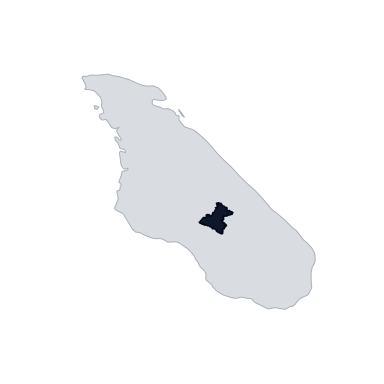 location of Ambatofinandrahana, Amoron'i Mania, Madagascar, rotated 298°
{"feature_id": "10022922B11162683268422", "entity_name": "Ambatofinandrahana", "entity_type": "district", "adm_level": 2, "iso_a3": "MDG", "parent_name": "Madagascar", "parent_adm1": "Amoron'i Mania", "projection": "mercator", "projection_center": [46.283, -20.456], "detail": "fine", "context": "in_parent", "style": "filled", "palette": "ink", "viewbox_px": 384, "rotation_deg": 298, "n_neighbors": 0, "source": "geoboundaries", "source_scale": "gbopen_adm2", "svg_char_len": 8366}
<svg xmlns="http://www.w3.org/2000/svg" viewBox="0 0 384 384"><g transform="rotate(298 192 192)"><path d="M248.3,48.8L249.3,51.1L250.4,53.2L253.9,58.5L255.4,60.5L256.7,62.6L257.4,66.9L259.6,73.6L261.7,83.7L262.4,94.0L263.0,98.7L264.7,103.2L267.4,107.8L268.2,113.0L266.6,118.3L264.2,123.4L263.6,124.3L262.5,125.6L262.0,125.5L260.0,124.3L258.5,122.1L256.5,117.1L255.8,114.6L255.0,114.2L252.6,114.4L251.0,116.0L250.7,117.0L251.0,119.8L251.7,122.3L251.9,124.9L252.0,128.2L252.6,129.1L253.5,130.0L254.5,132.1L254.7,137.2L254.1,139.7L252.4,141.9L252.5,143.2L253.1,144.4L252.6,145.2L250.4,146.1L249.5,147.0L248.3,149.2L246.4,153.8L246.2,156.1L247.4,163.3L247.0,168.4L244.6,178.1L243.2,182.7L241.2,188.2L238.2,195.5L235.2,204.7L232.7,214.2L230.8,219.9L228.7,225.5L225.7,235.5L223.3,245.7L219.6,256.9L214.5,269.4L213.9,271.1L212.9,277.5L211.7,283.1L210.3,288.7L207.5,297.9L207.2,300.7L206.5,303.4L203.8,309.2L202.6,311.4L201.8,313.7L201.3,316.6L200.5,319.4L198.5,324.6L195.5,329.0L193.4,330.6L189.0,333.0L186.8,333.5L181.8,333.5L177.0,334.9L172.0,337.5L167.1,340.4L165.3,341.8L163.3,342.7L156.9,342.8L155.0,342.2L148.6,337.3L146.1,336.5L141.4,335.8L140.0,335.4L138.7,334.8L136.8,332.2L133.1,330.1L132.2,329.4L131.6,327.9L131.2,326.3L130.3,324.5L129.5,321.2L128.3,318.8L124.8,314.6L124.5,313.3L124.2,308.8L124.3,305.8L124.0,300.4L124.4,297.8L125.6,295.5L125.1,293.0L123.8,290.3L123.3,287.6L122.4,285.1L118.7,280.7L117.9,278.5L117.3,276.2L115.9,269.2L115.8,266.8L116.0,261.6L116.5,258.9L117.3,257.1L117.6,255.7L118.1,254.5L119.0,253.6L119.6,252.4L120.9,245.8L122.6,244.4L125.2,243.5L127.2,241.8L128.4,239.5L129.6,234.7L132.8,230.0L133.9,227.5L136.5,223.8L138.8,218.5L139.5,216.0L140.0,213.5L140.6,207.9L141.0,205.2L140.9,202.4L139.6,199.6L136.5,194.5L136.4,193.6L136.6,189.8L136.4,187.1L135.2,184.4L133.7,181.8L132.3,177.0L131.6,169.1L131.7,166.3L131.3,163.7L130.2,161.3L131.0,157.1L140.3,141.9L140.6,140.1L140.3,135.5L140.4,132.8L140.8,131.8L141.5,131.2L143.1,131.0L150.6,130.3L151.6,129.8L153.5,128.6L156.1,126.1L157.2,125.4L158.3,125.6L158.9,126.7L159.8,127.3L162.8,126.2L164.0,126.1L165.2,126.3L165.7,125.3L166.1,123.9L166.5,122.9L167.3,122.4L171.2,122.1L173.7,121.7L177.0,120.7L177.7,120.9L180.3,124.4L181.1,124.7L182.1,124.8L183.0,124.2L180.8,122.4L180.5,121.4L180.6,120.2L181.8,117.7L183.7,115.8L187.9,112.9L192.3,109.6L193.5,109.4L194.6,109.9L195.4,113.8L195.3,114.5L196.0,114.6L196.8,114.1L197.6,112.5L197.6,111.2L197.0,109.9L196.7,108.8L196.7,107.9L198.9,105.5L200.7,103.3L201.5,100.7L202.2,99.5L204.0,98.1L204.6,98.3L205.0,99.4L205.2,100.6L204.7,101.8L204.1,102.9L203.8,104.5L204.8,104.8L205.8,104.4L207.2,101.6L208.9,99.0L209.9,97.6L211.1,96.6L213.1,96.8L215.1,97.4L211.9,94.6L211.1,90.8L214.9,84.2L214.9,82.9L215.5,82.4L215.8,81.9L213.8,79.7L213.4,78.6L213.7,76.9L214.6,75.4L215.5,74.4L216.7,74.0L217.7,74.6L219.8,76.4L221.2,76.7L223.0,74.9L224.4,72.7L226.5,71.2L229.0,70.3L232.7,66.9L235.1,59.7L235.3,57.6L234.7,55.1L233.9,52.6L232.4,49.6L232.8,49.0L234.8,49.4L235.5,48.9L237.7,46.3L241.3,41.2L242.5,41.2L243.5,42.1L243.9,43.5L244.6,44.6L247.1,47.0L248.3,48.8ZM223.1,69.0L223.1,69.8L220.3,69.4L219.9,66.7L221.2,66.6L221.5,65.5L222.4,65.4L223.3,67.8L223.1,69.0ZM256.7,146.3L254.3,150.4L255.0,147.0L257.8,142.1L258.5,141.8L256.7,146.3Z" fill="#d9dde1" stroke="#a8b0b8" stroke-width="1"/><path d="M178.7,215.8L178.4,215.4L178.2,215.4L178.1,215.5L178.2,215.8L177.9,216.2L177.6,216.2L177.3,216.4L177.1,216.6L176.8,217.1L176.7,217.2L176.5,216.8L176.6,216.6L176.6,216.3L176.4,216.1L176.2,215.9L175.7,215.9L175.4,215.8L175.4,215.4L175.2,215.4L175.1,214.6L174.8,214.1L174.1,214.2L173.7,213.7L173.4,213.7L173.2,213.6L172.9,213.6L172.5,213.7L172.2,213.7L171.6,213.6L171.4,213.3L170.8,213.0L170.7,213.0L170.5,213.3L170.2,213.3L169.6,213.3L169.1,212.8L168.8,212.6L168.6,212.9L168.5,213.0L168.7,213.3L168.3,213.7L168.3,214.1L168.5,214.8L168.8,215.2L169.2,215.3L169.3,215.4L169.0,215.6L169.1,215.9L169.3,216.1L169.0,216.2L168.8,216.4L168.6,216.4L168.5,216.2L168.4,216.2L168.6,216.7L168.6,216.8L168.7,217.1L168.8,217.2L168.7,217.3L168.7,217.5L168.6,218.1L168.9,218.2L168.8,218.7L168.9,219.0L169.2,219.3L169.4,219.8L169.3,220.0L169.4,220.3L169.6,220.8L169.6,221.1L169.5,221.3L169.7,221.5L169.7,221.8L169.6,222.1L169.8,222.3L170.0,222.7L170.2,222.8L169.9,223.8L169.8,224.0L169.9,224.3L170.0,224.4L170.0,224.6L170.0,224.9L170.1,225.0L170.0,225.3L170.1,225.6L170.0,225.8L169.8,225.9L169.8,226.0L169.9,226.5L169.7,226.9L169.6,227.0L169.2,227.1L169.1,227.3L169.2,227.5L169.8,227.9L169.8,228.1L170.0,228.5L169.9,228.8L170.0,229.0L170.0,229.3L169.9,229.7L170.0,230.0L170.1,230.6L170.3,230.8L170.3,231.0L170.3,231.3L169.9,231.3L169.2,231.5L169.1,231.8L169.1,232.0L169.2,232.3L168.9,232.5L169.0,232.7L168.8,233.0L168.9,233.3L168.9,233.8L168.7,234.1L168.7,234.3L168.8,234.5L169.0,235.0L168.7,235.4L168.9,235.6L169.0,235.9L168.9,236.1L169.0,236.6L168.9,236.9L169.1,236.9L169.3,237.3L169.3,237.6L169.1,237.9L169.3,238.2L169.5,238.3L169.7,238.5L170.1,238.4L170.3,238.2L170.5,238.2L170.8,238.0L171.1,238.0L171.4,237.8L171.6,237.8L171.7,237.6L171.9,237.0L172.0,237.0L172.3,237.1L172.4,236.9L172.5,236.9L172.7,237.1L172.9,237.1L173.2,236.8L173.3,236.7L173.6,236.7L173.8,236.8L173.8,237.0L174.7,237.7L175.1,237.6L175.3,237.6L175.3,237.4L175.5,237.4L175.9,237.2L176.2,237.3L176.3,237.3L176.8,237.7L177.0,237.6L177.6,237.7L177.9,238.0L178.1,238.1L178.4,238.2L178.7,237.6L179.0,237.5L179.0,236.7L178.9,236.5L178.5,236.8L178.4,236.7L178.8,236.2L179.0,236.2L179.2,236.3L179.4,236.2L179.5,236.1L179.6,235.8L179.5,235.7L179.4,235.5L179.5,235.4L179.2,235.2L179.3,235.0L179.4,234.9L179.4,234.7L179.3,234.4L179.1,234.1L179.5,234.0L179.6,233.8L179.8,233.9L179.8,233.6L179.7,233.5L179.8,233.4L179.7,233.3L179.8,233.1L180.2,232.8L180.5,232.6L180.6,232.3L180.6,232.2L180.8,232.3L181.1,231.7L181.2,231.8L181.5,231.6L181.7,232.4L182.0,232.3L182.6,232.8L182.8,232.6L182.9,232.4L183.3,232.4L183.8,232.1L184.0,231.8L184.4,231.6L184.6,231.2L184.9,230.8L185.0,230.8L185.1,231.2L185.5,230.8L185.7,231.2L185.7,231.5L185.9,232.1L186.0,232.1L186.1,232.4L186.5,232.5L186.6,233.1L187.0,233.8L187.4,234.1L187.6,234.4L187.8,234.5L188.0,234.7L188.6,234.9L188.8,235.3L189.0,235.4L189.1,235.6L189.3,235.6L189.6,236.0L189.9,237.0L189.9,236.9L190.1,236.8L190.4,236.7L190.6,236.9L190.8,237.6L191.4,237.9L191.6,237.8L191.6,237.6L191.9,237.4L192.0,237.3L192.3,237.6L193.0,237.8L193.1,237.6L193.0,237.4L192.9,237.2L192.7,237.1L192.7,236.9L193.0,236.8L193.2,236.6L193.2,235.9L192.9,235.7L192.9,235.3L192.7,235.3L192.7,235.1L192.8,234.7L193.2,234.0L193.2,233.8L193.2,233.6L192.7,233.3L192.6,233.0L192.2,232.8L192.1,232.6L191.8,232.2L191.7,231.7L191.8,231.6L192.2,231.6L192.7,231.1L192.9,231.1L193.0,231.2L193.8,230.5L194.1,230.6L194.3,230.5L194.3,230.4L194.3,230.0L194.5,229.9L194.6,229.6L194.5,229.4L194.3,229.3L194.1,229.0L193.8,229.0L193.8,228.8L193.9,228.6L194.1,228.0L194.4,227.7L194.4,227.1L194.5,226.9L194.4,226.6L194.4,226.3L194.3,226.2L194.1,225.7L194.0,225.3L194.2,225.0L194.2,224.7L194.5,224.7L194.8,224.6L195.1,224.6L194.9,224.5L195.0,224.2L194.8,224.2L194.9,223.8L194.8,223.7L194.7,223.4L194.8,223.3L195.0,223.3L195.1,223.1L195.5,223.0L195.4,222.7L195.2,222.0L194.9,221.8L194.7,221.5L194.9,221.3L195.0,220.6L194.9,220.5L194.7,220.3L194.4,219.8L194.0,219.9L193.9,219.9L193.8,219.7L193.8,219.2L193.6,219.0L193.4,219.2L193.2,219.2L193.2,219.5L192.9,219.5L192.7,220.0L192.6,220.3L192.3,220.4L192.4,220.6L192.2,220.5L191.9,220.8L192.0,220.9L191.8,221.1L191.9,221.3L191.6,221.2L191.4,221.0L191.3,220.8L191.0,221.1L190.9,221.3L191.0,221.4L190.9,221.5L190.6,221.3L190.6,221.5L190.1,221.5L190.1,221.3L189.8,221.3L189.7,221.2L189.6,220.8L189.4,220.8L189.2,220.6L189.3,220.4L189.2,220.3L189.1,220.5L189.2,221.0L189.3,221.1L189.1,221.3L188.6,221.3L187.8,221.1L187.6,220.9L187.4,220.9L187.0,220.9L186.8,221.0L186.2,221.2L185.8,221.1L185.6,221.2L185.1,221.2L184.5,221.2L184.4,221.0L184.5,220.9L184.3,220.7L184.2,220.9L183.9,220.8L183.6,220.8L183.3,220.7L183.1,220.5L183.1,220.1L182.9,220.1L182.7,220.4L182.3,220.4L181.9,220.6L181.7,220.6L181.6,220.8L181.4,220.8L180.6,220.3L180.3,220.4L180.2,220.3L179.6,219.9L179.3,219.8L179.0,219.3L179.0,218.6L179.4,218.6L179.6,218.7L179.8,218.6L179.7,218.4L179.8,218.2L179.7,218.2L179.4,218.0L179.4,217.7L179.2,217.4L179.2,217.2L179.6,217.3L179.7,217.2L179.7,216.9L179.4,216.6L179.4,216.3L179.3,216.2L179.1,215.9L178.9,215.9L178.7,215.8Z" fill="#0f172a" stroke="#020617" stroke-width="1.5"/></g></svg>